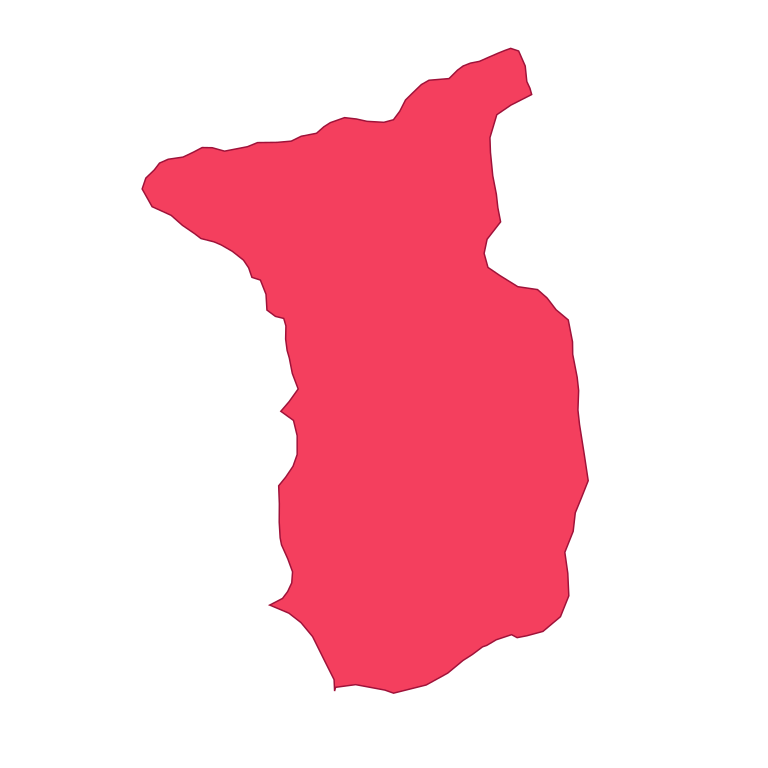 Askeia, Cyprus, rotated 349°
{"feature_id": "46923920B6105070977728", "entity_name": "Askeia", "entity_type": "district", "adm_level": 2, "iso_a3": "CYP", "parent_name": "Cyprus", "parent_adm1": "", "projection": "mercator", "projection_center": [33.61, 35.152], "detail": "fine", "context": "isolated", "style": "filled", "palette": "rose", "viewbox_px": 768, "rotation_deg": 349, "n_neighbors": 0, "source": "geoboundaries", "source_scale": "gbopen_adm2", "svg_char_len": 1826}
<svg xmlns="http://www.w3.org/2000/svg" viewBox="0 0 768 768"><g transform="rotate(349 384 384)"><path d="M276.9,676.0L278.6,672.5L298.8,673.7L326.4,684.6L334.4,689.3L368.0,687.5L390.6,680.2L391.5,679.9L408.9,670.4L419.3,666.3L430.6,660.8L435.0,660.2L445.3,656.5L461.4,654.4L466.3,658.4L467.0,658.4L476.2,658.4L492.8,657.2L512.8,646.1L525.0,627.2L528.3,604.9L529.4,583.7L541.6,564.7L547.2,546.9L556.0,533.5L566.0,517.9L567.1,492.3L568.2,461.1L569.4,446.6L573.8,427.6L574.9,414.3L574.9,390.9L577.1,378.6L577.1,356.3L567.1,344.0L560.5,330.7L552.7,320.6L533.9,314.0L518.3,299.5L508.3,289.4L507.2,274.9L512.8,261.6L529.4,247.1L529.4,232.6L530.5,219.2L530.5,200.3L532.7,176.9L535.0,162.4L546.1,141.2L561.6,134.5L584.2,128.0L583.7,121.6L581.9,114.3L583.3,98.8L579.7,82.8L572.4,78.7L566.5,79.6L559.2,81.0L549.2,83.2L539.2,85.5L530.1,85.5L522.4,86.9L516.1,89.9L506.1,96.6L486.1,94.4L477.8,97.2L467.9,103.6L459.3,109.3L451.5,119.3L443.7,126.4L433.8,127.1L417.4,122.9L407.5,118.6L396.1,115.0L381.2,117.2L374.1,120.0L365.6,125.0L350.0,125.0L339.3,127.9L325.1,126.4L305.9,122.9L295.3,125.0L281.1,125.0L271.9,125.0L260.5,119.3L250.6,117.2L241.3,120.0L230.0,122.9L215.0,122.2L205.8,124.3L199.4,130.0L189.5,136.4L183.8,146.4L190.2,165.7L207.2,177.8L216.5,189.9L226.4,199.9L232.1,206.3L244.2,212.0L250.6,216.3L260.5,224.9L269.7,235.6L273.3,244.1L274.7,254.1L282.5,258.4L285.3,273.4L283.2,289.1L290.3,296.9L298.1,300.5L298.8,308.3L296.0,321.2L295.3,332.6L296.0,340.4L296.0,356.1L298.8,372.5L287.5,383.2L277.5,391.1L288.2,402.5L288.9,418.2L285.3,436.7L279.0,447.4L269.7,456.7L261.2,463.8L258.4,481.7L254.8,499.5L252.7,515.2L252.7,522.3L256.2,537.3L258.4,550.9L255.5,561.6L249.8,569.4L243.5,575.1L229.6,579.2L246.9,590.8L257.0,602.4L265.7,618.3L272.9,644.4L278.6,664.7L276.9,676.0Z" fill="#f43f5e" stroke="#9f1239" stroke-width="1.5"/></g></svg>